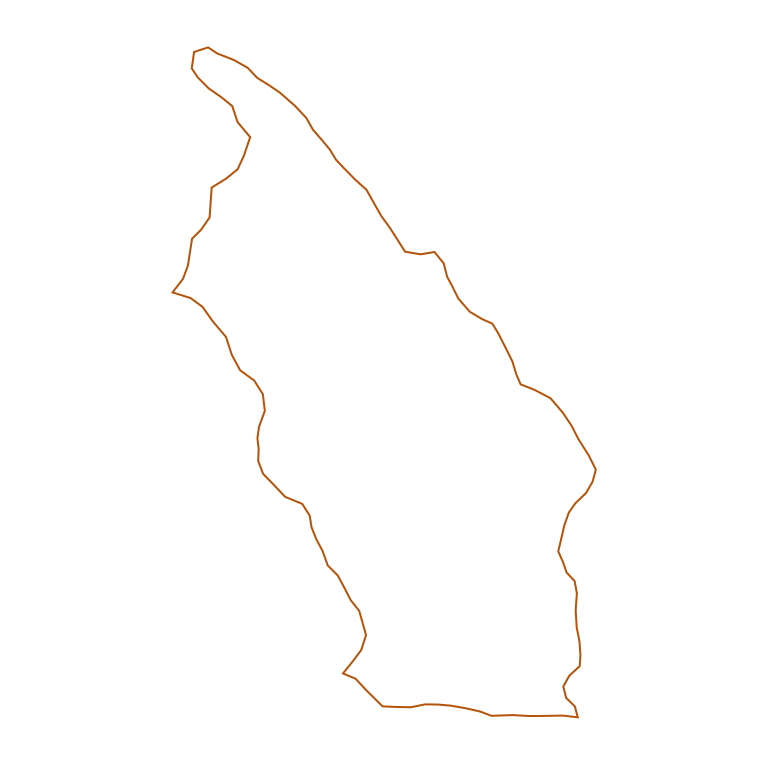 Dom Viçoso, Minas Gerais, Brazil (orthographic projection), rotated 94°
{"feature_id": "56859067B14316941385434", "entity_name": "Dom Viçoso", "entity_type": "district", "adm_level": 2, "iso_a3": "BRA", "parent_name": "Brazil", "parent_adm1": "Minas Gerais", "projection": "orthographic", "projection_center": [-45.148, -22.231], "detail": "fine", "context": "isolated", "style": "outline", "palette": "amber", "viewbox_px": 768, "rotation_deg": 94, "n_neighbors": 0, "source": "geoboundaries", "source_scale": "gbopen_adm2", "svg_char_len": 1716}
<svg xmlns="http://www.w3.org/2000/svg" viewBox="0 0 768 768"><g transform="rotate(94 384 384)"><path d="M337.9,266.1L324.8,274.0L316.2,280.2L312.4,290.7L306.0,303.4L293.6,315.8L282.1,322.5L272.6,328.5L259.6,332.8L248.8,342.8L252.1,356.7L250.5,372.2L237.3,382.0L228.2,388.7L216.5,398.5L202.8,407.6L191.5,415.0L182.4,426.7L171.6,438.9L163.6,447.5L153.9,454.4L144.4,463.5L135.3,472.6L124.1,480.0L112.6,492.4L100.6,508.2L93.4,520.6L87.6,531.6L78.1,542.1L71.3,556.2L66.0,573.2L60.5,583.0L66.0,596.6L82.6,597.8L91.2,591.1L101.4,579.4L109.1,566.5L117.3,554.8L133.0,548.3L147.1,534.7L166.1,539.7L180.0,545.0L190.2,555.9L200.0,569.6L215.9,569.6L230.0,569.6L242.6,577.0L252.4,585.6L265.4,586.7L279.6,587.9L293.0,591.8L307.4,601.3L311.8,582.9L319.8,570.3L333.3,559.3L348.1,544.9L365.6,537.8L380.4,528.4L389.7,513.6L402.7,504.1L419.1,501.0L435.6,505.7L446.9,506.5L457.5,504.5L469.7,504.1L482.1,498.3L492.3,486.9L503.5,474.7L509.3,457.2L520.6,448.9L531.9,446.3L543.4,440.8L554.9,433.6L569.0,427.4L578.1,416.9L589.4,409.7L602.0,402.1L611.9,393.0L622.3,389.2L635.8,384.4L651.1,388.2L663.2,396.1L675.6,404.7L680.0,391.8L690.9,380.1L705.7,362.9L705.3,348.8L704.6,334.7L700.7,320.6L700.0,307.7L700.2,295.1L701.8,279.5L704.0,265.4L707.5,253.7L705.3,232.5L705.1,216.0L704.0,201.7L702.3,182.8L703.0,167.5L692.3,171.1L684.4,180.4L673.3,184.0L662.2,178.9L651.8,169.1L641.2,169.1L627.5,171.0L613.3,174.8L596.7,177.0L579.3,177.0L567.3,180.1L559.3,188.7L549.2,193.0L538.8,198.5L524.2,196.1L512.2,194.2L499.2,190.6L489.4,184.6L478.6,174.8L466.9,169.1L454.7,166.7L441.2,174.6L425.3,186.3L412.2,194.2L400.3,203.5L386.6,216.9L379.3,233.6L374.8,247.7L365.1,252.7L352.5,257.5L337.9,266.1Z" fill="none" stroke="#b45309" stroke-width="2"/></g></svg>